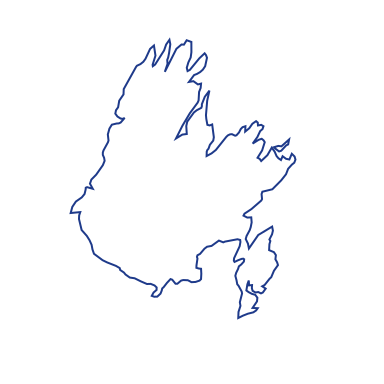 an SVG outline of Ireland, rotated 132°
{"feature_id": "IRL", "entity_name": "Ireland", "entity_type": "country or territory", "adm_level": 0, "iso_a3": "IRL", "parent_name": "Europe", "parent_adm1": "", "projection": "natural_earth1", "projection_center": [-8.443, 53.42], "detail": "fine", "context": "isolated", "style": "outline", "palette": "blue", "viewbox_px": 384, "rotation_deg": 132, "n_neighbors": 0, "source": "natural_earth", "source_scale": "50m", "svg_char_len": 3872}
<svg xmlns="http://www.w3.org/2000/svg" viewBox="0 0 384 384"><g transform="rotate(132 192 192)"><path d="M241.9,82.7L233.9,86.9L232.7,88.5L230.5,94.8L230.3,96.6L227.7,100.0L225.3,103.7L222.5,105.1L218.3,106.3L215.9,107.4L212.9,106.9L209.0,106.9L207.1,108.2L207.2,109.2L208.4,110.3L211.7,112.0L215.5,113.6L215.1,114.9L213.1,116.4L200.4,120.3L196.7,122.6L195.4,124.1L196.7,126.6L206.8,134.3L208.5,135.1L210.1,139.5L219.0,141.4L222.6,144.2L225.8,144.8L232.6,144.6L235.4,145.6L236.9,144.9L237.8,143.4L243.5,139.6L245.4,138.0L244.3,135.7L243.0,133.9L246.5,130.4L250.7,127.0L252.8,127.1L256.5,129.2L259.4,132.1L259.9,134.4L260.4,136.1L263.3,139.6L265.1,140.8L270.0,141.5L271.2,142.9L270.4,148.0L271.1,149.7L276.3,149.8L281.7,149.4L283.6,149.6L285.6,148.5L288.6,147.4L293.0,147.8L295.1,150.0L296.1,152.4L292.4,153.3L288.5,152.8L286.6,154.4L286.5,157.3L287.9,161.2L290.5,163.9L292.6,170.1L294.5,176.9L297.2,181.0L297.8,186.2L297.4,188.7L298.0,193.2L296.9,194.8L297.8,199.1L301.1,207.9L302.5,212.8L303.5,223.5L301.3,227.5L298.4,231.3L296.4,235.9L295.0,240.8L294.1,248.6L287.7,257.9L284.9,260.2L281.7,261.6L288.8,268.1L283.1,271.0L276.8,271.9L269.8,270.3L265.4,270.5L261.5,272.6L259.9,273.8L258.6,273.2L256.0,267.9L254.1,273.4L250.1,275.1L243.2,274.8L231.7,276.2L227.3,277.8L225.4,280.2L224.1,283.1L222.3,284.7L220.3,285.6L211.4,287.7L209.6,288.5L205.5,293.1L200.1,295.8L195.6,296.6L191.6,293.9L190.0,292.3L188.1,291.5L182.0,291.6L184.0,292.4L185.2,294.3L185.8,297.9L185.1,301.4L182.1,303.2L178.5,303.6L172.8,307.2L165.3,308.2L161.2,311.6L136.4,317.3L135.0,317.4L131.5,315.9L127.8,315.3L124.1,315.7L113.7,318.9L108.6,318.3L115.1,310.4L123.8,306.4L124.7,305.3L121.9,304.7L105.4,307.5L99.7,309.9L94.0,310.6L96.7,307.0L104.1,302.0L108.0,299.7L110.4,298.8L113.2,295.9L120.9,292.6L96.0,299.4L89.4,298.5L87.9,296.6L82.8,297.5L80.9,292.9L88.5,286.0L92.9,283.0L98.2,281.4L103.2,279.0L105.1,276.2L102.7,275.3L87.7,276.0L80.5,275.4L80.9,273.2L82.2,270.7L89.7,266.4L93.8,265.8L97.4,266.2L100.9,267.3L103.7,268.7L112.2,267.9L108.7,265.1L108.1,259.6L105.4,257.8L108.9,255.2L112.9,253.7L119.5,248.4L121.8,247.6L134.9,246.3L149.0,243.5L162.9,239.7L155.8,237.6L152.4,234.7L146.8,240.4L142.9,242.6L131.7,243.8L128.1,243.2L123.2,241.4L121.6,242.1L120.2,243.4L112.7,246.2L105.0,246.9L114.0,241.8L125.6,233.0L128.1,230.3L131.8,225.5L130.7,223.4L128.3,222.2L136.7,212.4L139.6,210.6L144.9,210.3L148.8,208.7L150.5,208.7L152.1,208.1L155.5,205.2L150.2,203.3L144.8,202.4L128.0,203.4L125.8,203.2L123.7,202.3L122.3,201.0L121.3,197.6L120.1,196.9L116.3,196.9L112.6,197.9L110.0,197.8L107.4,196.3L111.5,192.9L106.3,192.1L100.9,192.8L96.5,191.8L96.4,189.6L98.4,187.5L95.8,185.5L95.3,182.9L98.1,181.7L101.1,182.1L107.4,180.2L115.4,179.3L108.6,177.4L105.8,175.8L105.7,173.4L106.3,171.3L114.2,167.7L122.7,166.2L122.1,163.9L122.7,161.3L114.2,160.6L105.7,162.4L106.7,157.6L108.7,153.2L109.1,150.4L108.7,147.3L104.8,148.6L104.4,144.3L102.7,141.4L96.8,143.4L97.0,139.5L98.7,136.8L101.8,135.6L104.8,136.1L110.4,136.1L115.9,134.0L123.7,133.5L136.2,134.1L144.7,139.9L147.0,138.9L150.4,135.2L152.0,134.8L164.9,136.4L173.0,138.5L175.1,137.9L174.0,133.8L171.2,131.0L174.7,127.3L178.9,124.8L181.7,123.6L188.2,122.0L191.0,120.6L192.9,115.9L195.9,111.9L179.6,114.0L164.1,109.3L166.6,106.0L169.9,104.2L175.5,102.7L176.0,101.0L178.9,99.6L183.6,95.8L181.9,90.9L182.8,87.4L186.2,85.0L187.3,81.7L188.8,79.2L195.7,78.4L202.3,76.1L204.6,76.3L212.5,75.8L215.1,76.7L214.5,72.6L219.3,72.1L221.2,72.9L222.0,75.8L224.2,77.6L224.9,80.8L223.4,83.2L221.0,85.1L223.2,87.1L219.8,90.6L223.5,89.1L228.8,85.7L228.5,82.9L227.6,79.3L226.1,76.2L226.8,72.7L229.8,70.5L237.6,69.4L234.4,65.4L237.2,65.1L240.4,65.9L245.0,69.0L249.8,71.4L254.7,73.3L250.0,77.2L244.2,79.8L241.9,82.7ZM104.0,159.2L103.8,161.0L100.0,158.7L98.2,156.1L88.0,155.0L92.3,152.4L94.4,153.2L101.6,153.3L103.6,154.4L104.0,159.2Z" fill="none" stroke="#1e3a8a" stroke-width="2"/></g></svg>